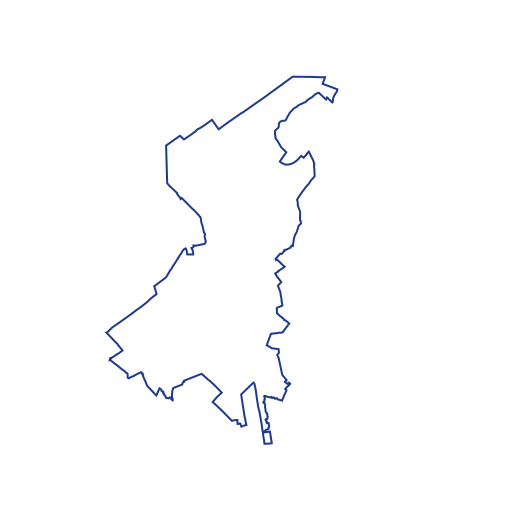 Ion Corvin, Constanta, Romania (Albers equal-area conic projection), rotated 44°
{"feature_id": "2599482B50527625942304", "entity_name": "Ion Corvin", "entity_type": "district", "adm_level": 2, "iso_a3": "ROU", "parent_name": "Romania", "parent_adm1": "Constanta", "projection": "albers", "projection_center": [27.813, 44.131], "detail": "fine", "context": "isolated", "style": "outline", "palette": "blue", "viewbox_px": 512, "rotation_deg": 44, "n_neighbors": 0, "source": "geoboundaries", "source_scale": "gbopen_adm2", "svg_char_len": 6086}
<svg xmlns="http://www.w3.org/2000/svg" viewBox="0 0 512 512"><g transform="rotate(44 256 256)"><path d="M141.5,265.3L144.5,265.7L155.7,265.5L156.0,266.1L160.6,266.8L162.3,267.3L162.3,265.9L176.3,266.2L180.3,266.1L186.2,266.4L188.1,266.7L189.3,266.7L193.1,269.6L194.5,270.5L195.4,270.9L195.8,271.0L202.6,275.4L203.6,275.3L204.1,275.6L204.3,275.8L204.7,276.7L205.2,277.3L206.1,278.2L209.8,280.4L210.4,281.6L210.6,283.0L209.1,285.2L205.9,289.9L205.3,290.6L204.6,290.9L203.9,291.8L204.6,291.9L204.7,293.0L204.6,293.9L204.0,295.1L205.1,295.4L206.8,296.1L209.0,297.7L209.7,298.6L209.0,299.1L207.7,300.6L205.4,302.6L204.8,301.9L203.5,301.1L201.6,299.9L200.3,299.3L200.0,299.5L199.8,300.5L199.5,301.4L199.5,302.0L199.7,303.6L200.1,304.9L200.4,305.8L200.6,308.1L201.3,311.0L201.2,311.7L201.7,312.2L201.8,313.8L202.5,316.4L203.3,321.1L204.3,325.0L204.2,326.5L204.8,327.9L205.2,329.9L205.9,332.7L206.1,333.9L204.5,344.4L204.5,344.7L203.7,348.3L210.8,352.4L211.0,352.8L210.6,354.3L209.9,359.2L209.7,364.4L208.7,372.1L208.0,375.9L207.7,377.1L206.4,385.6L203.5,401.1L202.2,407.6L202.1,412.8L201.9,414.9L201.8,415.0L215.5,415.6L217.1,415.4L219.7,416.1L223.6,416.3L225.6,416.7L224.7,422.0L224.3,423.2L224.1,423.5L223.9,423.9L224.1,424.3L223.7,426.0L223.3,428.2L223.0,429.0L222.9,430.4L222.2,430.4L222.1,430.7L223.1,432.6L223.7,431.9L224.1,432.0L225.2,432.0L226.6,431.7L227.7,431.7L232.5,431.1L238.8,430.6L240.9,430.1L243.1,430.2L244.8,429.9L245.3,429.9L245.7,430.2L247.9,432.4L249.0,432.6L249.4,432.4L249.6,432.2L249.9,430.7L250.4,429.3L250.8,428.4L251.4,427.6L251.6,426.3L253.3,421.2L253.7,420.3L254.3,419.3L255.7,419.9L256.0,419.3L256.9,419.7L257.8,420.2L258.0,420.7L258.2,420.9L264.2,423.3L265.5,424.0L267.7,424.9L280.6,425.6L281.2,425.5L278.5,418.2L279.6,417.9L281.0,418.1L281.8,418.7L282.6,418.5L283.0,418.1L283.5,418.1L283.7,418.3L283.9,418.8L284.2,419.0L285.1,418.8L285.3,419.2L285.7,419.5L286.3,419.5L287.4,419.7L287.5,419.6L288.6,419.8L288.9,420.3L289.6,420.5L290.0,420.4L292.1,419.1L292.1,417.7L294.0,417.0L294.7,417.9L296.4,417.7L296.3,417.4L293.4,415.6L291.9,414.2L289.9,411.6L288.4,409.1L288.2,408.5L292.2,399.7L291.2,397.9L291.7,396.5L290.8,395.8L298.7,378.6L302.5,378.3L303.2,378.4L305.8,378.2L306.4,378.3L309.6,377.9L315.0,377.8L318.1,377.8L326.3,378.1L326.3,378.9L325.9,384.1L326.3,391.1L339.1,390.9L353.3,391.3L353.4,390.8L354.7,388.9L356.5,386.9L359.4,389.6L360.0,389.0L360.8,387.6L361.1,387.6L361.4,387.6L364.0,388.9L365.4,385.9L366.5,384.3L358.6,378.9L341.5,365.9L342.1,348.9L343.1,348.8L344.3,349.4L345.4,350.2L348.7,352.4L356.1,358.3L360.5,361.5L361.3,362.3L365.2,364.8L366.1,365.2L376.8,373.0L381.2,376.5L383.8,378.3L385.6,379.9L390.0,383.1L392.5,385.2L396.0,381.6L397.4,379.7L389.2,373.5L388.9,373.5L388.5,373.4L388.4,373.2L388.5,373.0L387.9,372.6L385.4,376.1L384.5,377.1L383.8,376.4L384.0,375.2L383.8,374.6L385.1,371.8L385.0,371.4L384.8,371.1L384.0,370.6L384.0,369.6L383.7,369.2L381.1,367.4L380.0,368.7L379.3,368.4L379.3,367.9L378.9,367.6L378.1,367.4L377.7,367.6L377.3,367.5L376.4,366.9L376.4,366.6L377.2,365.2L376.5,364.3L376.3,363.7L376.2,363.5L375.3,363.1L374.0,362.1L373.9,361.8L373.3,361.5L372.7,361.7L370.8,361.0L368.7,359.2L367.8,358.8L366.4,357.1L365.9,356.7L365.6,356.4L364.9,356.1L363.1,356.4L362.9,356.2L362.7,355.7L363.1,354.8L363.0,354.5L362.0,354.0L361.9,353.0L361.7,352.7L361.1,352.2L359.3,351.2L359.2,351.0L359.2,350.8L360.0,350.2L361.4,349.7L365.7,347.1L365.3,346.6L367.0,346.0L367.2,345.4L367.4,345.3L368.4,345.6L368.6,345.5L369.1,345.2L369.3,344.1L369.6,343.9L370.5,343.8L371.2,344.1L373.4,342.8L375.2,342.0L372.4,334.8L371.6,332.2L371.2,331.5L370.7,331.2L369.6,331.5L369.3,331.2L369.2,330.4L369.5,326.0L369.3,324.2L367.7,324.2L367.5,326.0L366.6,326.3L365.5,326.3L364.4,326.6L364.2,326.5L364.2,326.2L364.4,324.2L364.2,324.0L357.5,323.3L343.1,313.6L342.1,313.2L340.1,312.5L339.9,312.1L339.9,310.9L339.8,310.1L339.5,309.5L339.1,309.1L336.9,307.3L331.6,311.3L326.0,312.6L325.7,312.7L320.8,301.6L323.5,298.2L323.9,298.0L325.8,295.2L327.9,293.0L328.1,292.5L328.2,291.5L328.0,291.4L326.8,281.5L322.0,281.8L320.9,282.5L320.2,282.2L318.9,282.1L316.6,282.2L315.2,282.6L314.2,282.4L310.9,282.7L307.1,279.0L307.1,278.6L309.2,273.9L309.3,273.2L309.2,273.0L306.4,271.2L304.4,269.4L301.3,267.2L298.9,265.3L298.1,264.8L292.7,262.3L292.4,262.0L292.3,257.2L285.1,256.1L281.9,255.2L282.8,251.8L282.5,251.7L282.5,251.2L283.8,245.8L284.0,244.7L284.0,243.7L281.6,244.0L277.5,243.9L273.3,244.0L273.2,245.0L272.1,244.6L271.8,237.5L272.9,237.0L272.9,235.5L273.0,235.3L272.7,233.1L272.9,232.8L272.2,232.2L272.3,231.8L272.7,231.6L273.2,230.9L275.0,226.0L274.3,224.0L275.6,223.3L271.6,217.7L270.4,215.7L269.5,213.8L268.6,210.4L265.6,204.4L265.8,202.9L265.7,201.3L264.1,199.9L263.3,199.9L262.5,199.4L257.7,194.2L255.7,192.8L252.5,191.4L250.7,190.4L248.9,188.5L246.4,186.9L245.9,184.8L244.8,178.3L243.9,171.3L243.8,170.4L243.9,169.1L243.7,166.4L243.1,164.1L242.9,160.9L243.0,159.3L242.7,157.8L237.2,152.6L236.7,152.2L236.1,151.9L235.0,150.5L234.2,150.0L234.2,149.4L231.1,147.7L221.5,144.2L221.5,147.1L221.8,147.6L222.0,152.2L219.1,152.5L219.0,154.8L219.1,158.3L218.9,160.0L218.6,161.7L218.2,162.9L217.4,165.0L215.9,167.7L214.5,169.1L213.1,170.1L211.5,170.7L209.0,171.4L207.5,171.5L205.7,160.3L198.7,160.3L190.5,158.0L188.9,158.0L187.7,157.3L186.9,156.6L187.0,156.6L186.7,156.3L184.7,154.8L183.4,153.5L182.8,152.5L182.7,151.1L183.0,148.7L182.7,147.5L180.4,144.6L180.2,143.2L180.2,142.4L180.7,140.9L182.4,139.0L182.8,138.4L183.0,137.6L182.8,136.7L181.6,133.1L181.5,131.8L180.9,130.1L180.8,128.9L180.7,126.0L180.8,123.4L181.6,120.5L181.8,118.6L182.1,117.2L183.2,114.5L184.7,110.7L184.7,107.7L186.0,102.7L186.3,98.6L187.2,95.7L188.1,94.9L188.8,94.9L197.7,94.8L197.0,92.6L204.2,92.6L204.2,92.0L204.0,91.7L201.7,88.5L201.3,87.9L200.4,84.3L200.0,81.8L198.8,79.6L184.3,85.9L181.8,80.0L181.4,79.4L179.1,81.8L171.0,89.1L157.8,101.6L151.2,139.4L150.0,145.0L146.8,161.9L146.3,163.0L143.1,179.3L141.1,190.8L129.7,188.6L128.1,197.8L127.0,202.3L125.7,206.3L126.0,207.8L125.7,209.6L124.8,214.8L123.2,222.2L117.8,222.3L114.6,239.0L141.5,265.3Z" fill="none" stroke="#1e3a8a" stroke-width="2"/></g></svg>